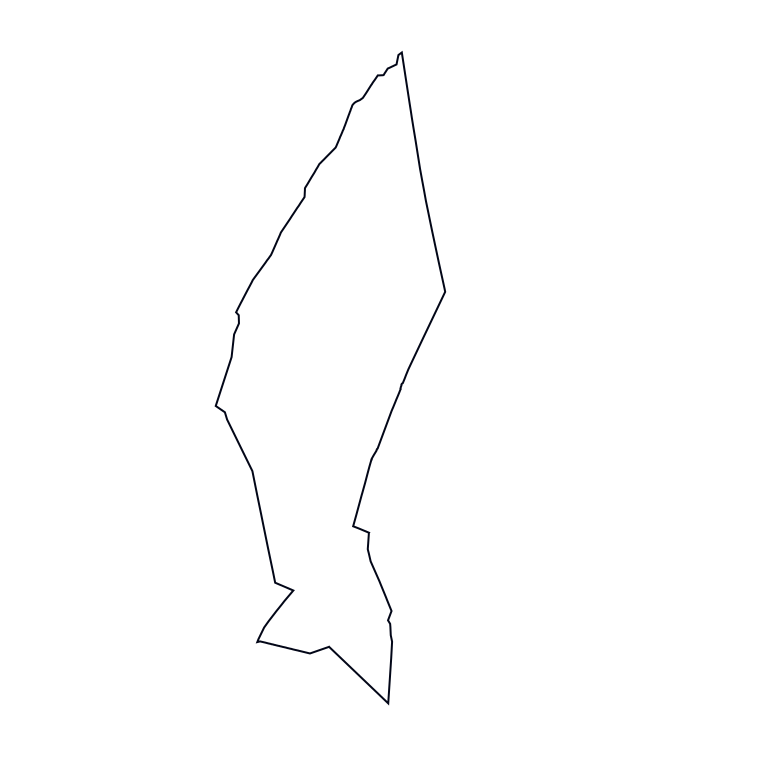 Raarvihke sma 1, Nord-Trøndelag, Norway, rotated 304°
{"feature_id": "86288312B41208068814146", "entity_name": "Raarvihke sma 1", "entity_type": "district", "adm_level": 2, "iso_a3": "NOR", "parent_name": "Norway", "parent_adm1": "Nord-Trøndelag", "projection": "natural_earth1", "projection_center": [13.659, 64.821], "detail": "fine", "context": "isolated", "style": "outline", "palette": "ink", "viewbox_px": 768, "rotation_deg": 304, "n_neighbors": 0, "source": "geoboundaries", "source_scale": "gbopen_adm2", "svg_char_len": 4365}
<svg xmlns="http://www.w3.org/2000/svg" viewBox="0 0 768 768"><g transform="rotate(304 384 384)"><path d="M494.6,383.2L495.8,382.0L496.9,380.9L515.2,361.7L528.5,347.9L531.8,344.5L537.2,338.9L545.6,330.3L550.8,325.0L559.2,316.4L566.5,309.3L572.4,303.5L572.9,303.0L573.3,302.6L582.4,293.7L603.2,274.3L612.4,265.6L615.6,262.6L620.4,258.1L625.3,253.6L631.1,248.2L649.5,231.2L668.8,213.4L664.8,212.0L655.9,215.7L654.1,214.6L652.9,213.9L652.5,213.7L651.1,212.8L650.3,212.4L648.2,211.1L647.7,210.8L647.6,210.7L643.6,210.8L642.2,210.8L641.4,210.8L640.3,211.0L640.0,210.8L639.5,210.6L638.7,209.5L637.9,208.5L637.8,208.3L637.1,207.4L637.0,207.2L636.6,206.6L636.4,206.3L635.5,206.3L633.4,206.3L631.1,206.3L630.9,206.3L628.8,206.2L626.8,206.2L625.5,206.3L624.6,206.2L622.2,206.3L621.5,206.3L621.3,206.3L618.6,206.4L614.8,206.5L611.2,206.5L609.4,206.5L608.2,206.1L606.9,205.6L606.0,205.3L605.0,204.7L604.0,204.0L602.3,203.0L601.1,202.5L600.0,202.2L598.6,202.0L597.4,201.9L596.6,202.1L595.3,202.5L593.6,202.8L591.6,203.4L590.4,203.6L589.0,204.0L587.6,204.3L586.0,204.7L584.4,205.1L582.8,205.5L580.8,206.0L579.2,206.4L576.8,207.0L574.5,207.5L573.6,207.7L572.8,208.0L571.0,208.2L569.3,208.6L568.2,208.8L566.2,209.2L564.2,209.5L562.6,209.9L560.5,210.3L558.5,210.7L556.9,211.0L554.9,211.4L553.0,211.7L550.8,211.3L548.2,210.8L545.4,210.3L542.3,209.7L539.6,209.2L536.7,208.7L534.3,208.2L532.0,207.8L530.2,207.4L526.6,207.7L523.8,207.8L520.4,208.1L517.6,208.2L514.7,208.3L511.5,208.5L506.4,208.8L503.0,208.9L502.1,209.0L500.2,210.2L498.2,211.4L496.1,212.7L494.5,213.6L490.5,213.6L487.1,213.6L484.0,213.7L481.6,213.6L474.6,213.7L471.6,213.7L468.4,213.8L465.4,213.8L463.4,213.8L461.0,213.8L457.7,213.8L452.4,213.8L451.4,213.9L449.7,214.3L447.4,214.7L445.3,215.1L442.7,215.5L440.7,215.9L438.5,216.3L436.3,216.7L433.5,217.2L430.8,217.7L428.9,218.0L427.7,218.2L425.7,218.1L423.7,218.1L421.1,217.9L418.6,217.9L415.7,217.8L413.1,217.7L410.1,217.6L407.1,217.5L404.9,217.4L402.1,217.3L400.1,217.2L396.4,217.1L395.6,217.3L390.2,217.9L386.1,218.3L379.9,219.0L375.5,219.5L374.9,219.6L371.0,220.0L365.3,220.7L360.7,221.3L359.8,225.1L353.1,229.9L341.3,232.0L321.1,242.6L271.7,256.8L271.6,267.9L266.8,273.8L265.2,276.6L250.7,301.8L238.2,323.6L221.1,340.9L207.3,355.0L200.4,362.0L195.2,367.3L183.9,378.8L166.3,396.9L158.4,404.9L162.1,424.3L148.2,422.8L143.8,422.5L135.6,421.8L122.7,421.0L115.1,420.8L102.3,422.6L99.2,423.3L101.3,425.2L103.3,430.4L104.3,433.3L105.2,435.5L105.3,436.0L105.6,436.8L105.8,437.1L105.9,437.4L106.3,438.5L106.3,438.8L106.7,439.6L107.2,441.1L107.4,441.6L107.6,442.1L107.7,442.5L107.9,443.0L108.1,443.3L108.2,443.6L108.3,443.8L108.4,444.3L108.6,444.8L108.8,445.3L109.1,446.1L109.3,446.7L109.4,447.0L109.6,447.5L109.8,448.0L110.1,448.7L110.4,449.5L110.6,450.0L110.8,450.6L111.0,451.3L111.2,451.9L111.4,452.3L111.5,452.6L111.6,452.9L111.8,453.4L111.9,453.7L112.0,454.0L112.3,454.7L112.4,454.8L112.7,455.7L113.1,457.0L113.6,458.3L113.7,458.6L115.0,461.9L115.1,462.1L115.2,462.6L115.4,463.0L116.5,466.0L119.2,473.3L134.4,484.7L134.6,484.9L134.9,485.1L135.4,485.4L135.3,485.6L135.3,486.0L121.6,566.1L160.7,543.3L174.9,534.8L179.5,530.1L186.1,525.2L188.6,523.2L190.3,519.5L200.0,517.2L206.9,506.9L207.9,505.5L215.5,494.1L217.8,490.7L229.5,472.1L235.2,466.0L236.7,464.3L238.0,462.9L242.9,460.1L252.2,454.7L252.3,454.7L250.1,443.7L248.8,438.0L259.6,434.4L280.1,427.4L280.8,427.2L291.6,423.6L301.0,420.3L307.1,418.2L310.5,417.1L313.3,416.2L313.5,416.1L313.8,416.1L314.0,416.0L314.4,416.1L314.5,416.0L314.8,415.9L315.0,415.8L315.0,415.7L315.3,415.7L315.5,415.6L319.1,415.3L323.4,415.1L323.5,415.1L323.8,415.1L324.0,415.1L324.3,415.0L324.5,415.0L324.7,414.9L324.8,414.9L325.0,414.9L325.4,414.8L325.5,414.7L325.8,414.7L326.0,414.6L326.3,414.6L326.5,414.7L326.7,414.8L326.9,414.8L327.0,414.8L366.2,405.3L366.3,405.3L368.8,404.8L369.0,404.8L373.8,403.8L375.8,403.4L376.6,403.2L378.0,402.9L382.2,402.1L385.1,401.5L388.2,400.8L389.1,400.7L389.3,400.5L389.4,400.4L389.4,400.2L389.5,400.1L390.1,400.0L390.3,399.9L390.6,399.8L390.8,399.7L391.0,399.6L391.3,399.6L391.6,399.5L391.8,399.5L392.0,399.4L392.4,399.3L392.5,399.3L392.6,399.2L392.8,399.1L393.0,399.0L393.1,398.9L393.4,398.7L393.6,398.7L393.9,398.7L394.3,398.7L394.6,398.8L394.8,399.0L395.2,399.1L395.3,399.1L399.7,398.2L404.0,397.2L409.8,396.0L416.9,394.9L442.4,391.0L494.6,383.2Z" fill="none" stroke="#020617" stroke-width="2"/></g></svg>